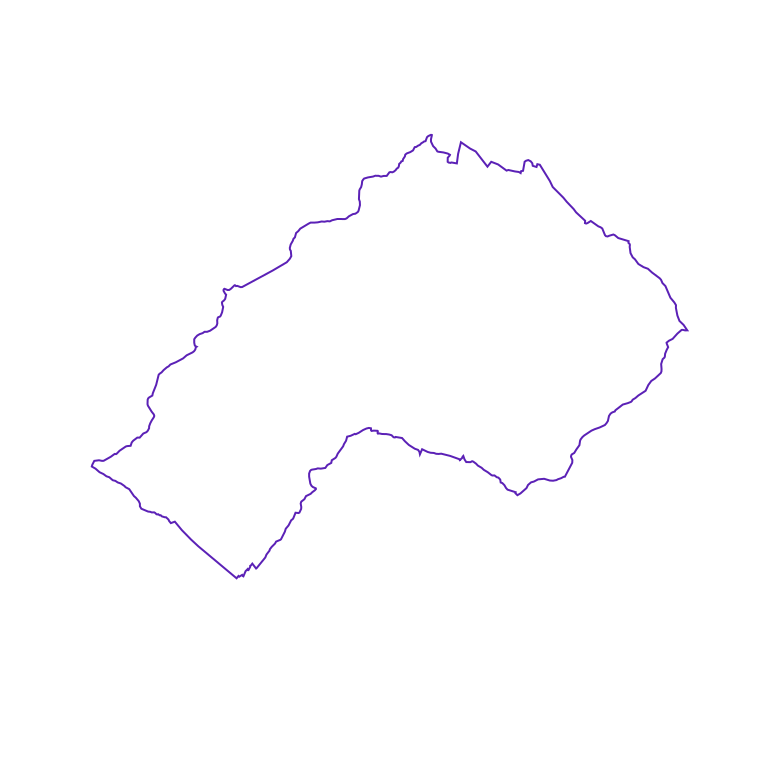 the district of Alunu, Vâlcea, Romania, rotated 235°
{"feature_id": "2599482B60597853099448", "entity_name": "Alunu", "entity_type": "district", "adm_level": 2, "iso_a3": "ROU", "parent_name": "Romania", "parent_adm1": "Vâlcea", "projection": "natural_earth1", "projection_center": [23.807, 45.015], "detail": "fine", "context": "isolated", "style": "outline", "palette": "violet", "viewbox_px": 768, "rotation_deg": 235, "n_neighbors": 0, "source": "geoboundaries", "source_scale": "gbopen_adm2", "svg_char_len": 6163}
<svg xmlns="http://www.w3.org/2000/svg" viewBox="0 0 768 768"><g transform="rotate(235 384 384)"><path d="M485.4,628.4L485.4,626.7L478.9,620.2L479.7,618.4L478.4,616.9L480.3,616.1L483.0,613.2L488.0,608.6L488.5,606.8L498.4,603.4L504.5,599.3L502.7,593.4L521.9,592.5L527.4,589.6L537.9,585.7L530.0,576.7L522.9,570.2L526.6,566.5L526.9,566.1L526.9,565.4L528.4,563.9L529.5,563.6L532.8,566.0L533.5,568.9L533.9,569.5L536.2,568.4L539.6,565.5L543.2,561.6L544.0,561.1L547.3,561.3L550.7,560.7L555.5,561.5L557.5,562.8L560.1,565.7L560.6,566.0L561.2,565.3L561.7,562.5L561.5,560.8L559.1,557.3L559.7,555.8L559.6,554.9L559.8,552.6L559.3,550.5L559.7,548.7L559.7,546.4L560.4,545.0L558.7,541.8L558.9,538.5L559.8,535.0L559.7,533.0L558.4,531.6L557.3,528.7L556.0,527.2L556.4,525.9L555.8,524.6L555.6,522.7L553.9,521.1L553.1,519.8L553.1,517.9L552.5,516.2L552.3,513.9L552.6,512.3L553.9,510.9L554.3,509.8L552.9,505.6L554.6,503.1L555.6,500.5L557.6,499.0L559.6,496.3L560.2,494.0L562.4,489.4L563.7,485.6L563.4,484.2L562.7,482.5L560.3,480.4L558.4,478.2L557.4,475.8L556.6,474.7L549.8,469.5L547.3,468.8L544.3,466.9L540.5,462.5L539.9,461.2L539.9,458.3L541.0,456.0L541.5,451.5L541.1,448.3L541.5,446.6L545.9,440.5L547.9,435.4L548.3,432.9L549.9,431.0L551.1,428.3L552.9,426.1L554.4,422.5L556.1,419.6L558.3,416.5L558.6,414.4L559.3,404.5L558.4,401.5L558.1,398.6L555.2,395.1L554.9,393.2L553.6,391.4L551.8,387.6L549.5,384.9L548.1,384.1L546.5,384.0L541.9,381.4L540.6,378.7L539.5,374.2L540.8,357.9L544.8,323.4L545.6,322.1L548.5,320.1L549.1,318.9L550.2,318.7L550.6,318.2L549.8,313.2L549.8,311.2L550.7,309.8L553.5,307.9L553.5,307.2L553.1,306.5L552.3,306.0L549.3,305.7L547.7,305.9L544.8,302.7L544.2,300.8L544.1,298.7L543.6,297.9L541.5,296.9L539.4,296.5L535.6,292.5L533.6,289.4L533.3,288.2L533.8,286.5L533.5,285.7L531.9,283.9L529.2,282.2L527.9,280.5L527.3,278.8L527.4,272.1L528.2,269.1L529.7,266.9L529.7,264.6L530.6,261.6L530.8,258.8L530.2,256.0L529.5,254.2L526.6,252.2L524.3,251.2L523.3,251.2L522.0,251.9L522.0,250.9L520.5,249.2L519.8,247.3L519.7,245.3L520.7,238.8L520.2,234.1L521.2,225.9L522.5,220.2L522.0,217.7L522.2,215.7L521.8,211.4L521.1,208.5L521.1,206.0L520.8,204.7L514.0,196.9L509.0,189.3L507.4,187.6L507.7,183.9L507.5,182.6L506.7,181.4L503.1,178.7L501.7,178.2L494.6,177.8L491.1,178.0L489.6,177.5L488.8,176.4L487.4,172.9L485.9,170.0L484.1,167.4L482.5,166.2L481.2,163.7L480.8,161.8L481.5,158.4L480.2,153.1L481.6,151.2L481.4,146.0L480.8,143.8L478.7,141.0L480.5,137.9L480.9,136.6L481.0,129.1L480.2,124.9L480.3,124.2L481.1,123.5L481.2,122.7L481.1,118.5L481.9,110.3L482.8,108.9L485.0,106.8L487.2,102.6L485.2,98.8L484.0,97.3L480.2,99.1L474.9,100.4L471.2,102.5L467.6,103.7L465.2,105.5L460.8,106.6L458.7,108.4L456.1,109.4L453.4,111.4L449.3,112.9L447.7,113.1L444.0,115.0L435.6,114.9L433.2,115.5L428.7,115.9L426.0,115.4L423.8,113.9L421.0,113.7L414.8,117.6L413.4,119.2L412.0,120.1L410.7,122.1L409.7,122.6L407.9,122.9L407.2,123.4L406.9,124.3L405.2,124.9L404.6,125.8L403.0,126.1L400.6,128.0L399.9,129.0L396.6,129.7L395.0,129.4L392.3,129.6L391.2,133.7L380.2,134.6L367.4,136.7L357.6,138.8L309.4,151.8L310.2,154.7L309.2,154.9L309.0,158.3L307.7,158.2L307.1,158.5L310.1,163.3L310.6,166.1L309.5,165.9L309.3,166.2L310.9,169.4L311.8,170.1L311.7,170.9L312.4,173.1L306.2,173.4L306.2,174.0L310.0,187.3L311.7,189.9L313.2,194.7L314.1,195.7L315.0,198.6L315.8,203.2L316.8,205.2L315.8,209.8L315.9,210.6L319.9,218.1L321.8,220.5L322.9,224.7L325.6,229.8L325.7,231.8L326.1,232.8L329.3,237.7L327.3,240.0L327.2,241.0L329.2,244.5L330.7,245.7L333.9,247.2L335.1,248.8L335.3,252.7L336.9,255.8L336.1,260.9L336.5,263.1L336.6,266.4L337.0,268.0L337.6,268.3L340.5,266.6L342.3,266.2L344.6,266.5L351.0,269.5L353.6,271.3L355.2,273.6L355.4,274.8L355.2,275.8L353.4,279.5L352.9,281.3L350.9,283.7L348.9,287.8L350.1,291.1L349.6,295.5L351.5,297.5L351.3,301.8L351.7,303.2L353.5,306.2L356.4,314.8L357.7,316.7L359.3,320.4L362.0,323.6L360.7,327.0L359.9,331.5L359.1,332.0L358.5,335.3L358.3,340.4L357.6,344.1L356.7,346.4L355.2,347.9L353.4,346.8L352.7,346.9L351.6,349.0L349.4,351.8L348.9,351.9L347.5,350.6L346.8,350.6L346.3,351.7L344.1,353.8L341.7,357.1L339.6,359.3L337.7,360.8L334.9,361.3L333.9,362.3L334.0,363.1L329.4,367.8L325.1,368.3L319.8,369.4L313.3,372.1L310.5,374.1L308.1,374.1L305.8,373.1L308.7,377.8L303.3,380.8L300.9,382.8L298.9,385.3L296.9,386.7L295.4,388.6L294.1,390.9L287.2,396.9L279.0,402.7L278.1,402.4L278.0,402.8L278.4,403.5L278.5,405.3L279.4,406.8L279.6,407.7L276.0,406.7L272.9,406.6L270.4,410.0L270.2,411.9L269.2,412.6L266.0,413.7L263.3,414.1L259.4,415.9L256.5,416.5L252.2,418.4L247.6,419.8L246.8,420.4L245.7,422.1L243.0,422.9L241.7,424.0L239.1,424.4L236.4,423.1L235.0,424.1L232.1,424.6L228.8,424.3L226.6,424.6L219.8,429.8L219.2,429.0L216.4,429.5L216.1,433.0L217.0,441.0L218.7,444.1L219.1,448.1L218.1,450.8L217.5,455.5L214.5,460.8L209.8,464.5L207.8,467.0L206.4,470.1L206.2,471.9L205.3,474.9L204.9,478.0L204.3,479.0L211.5,493.0L213.7,494.7L217.1,495.4L218.2,496.5L218.6,497.5L218.4,500.3L220.0,503.9L221.8,509.0L225.0,512.0L225.8,513.2L226.7,516.0L227.0,518.5L226.8,527.2L226.1,530.8L224.7,535.7L223.7,541.4L224.3,543.8L225.3,546.2L228.8,550.0L229.8,552.6L229.8,554.8L229.1,557.3L229.7,558.3L229.8,559.3L230.2,567.8L228.5,572.7L227.7,576.0L227.8,577.0L228.5,578.7L228.3,581.9L228.7,585.8L228.4,594.4L231.6,600.0L233.2,604.7L233.1,609.1L234.2,617.0L235.1,618.4L237.0,619.9L241.4,622.5L244.5,626.5L244.8,628.9L245.3,629.7L247.6,631.7L249.9,635.3L251.2,637.9L255.0,638.8L255.8,639.2L256.0,642.3L255.4,646.3L257.0,653.2L257.6,658.8L257.0,659.8L255.2,661.4L254.0,663.2L260.6,663.3L266.2,662.2L271.8,663.6L279.0,666.8L281.1,668.4L284.4,668.6L290.4,668.1L302.8,670.7L307.0,670.0L310.4,670.7L312.4,670.5L321.6,667.5L327.0,666.3L330.9,663.6L336.4,661.2L342.2,661.1L345.1,660.4L349.8,661.0L355.4,663.9L356.9,665.2L357.8,665.5L359.5,665.2L360.7,666.3L369.2,659.6L373.6,658.4L374.9,657.6L376.3,653.4L376.6,651.8L377.8,650.6L379.2,650.4L386.2,652.0L388.2,651.3L390.2,650.0L398.9,646.9L399.1,643.0L399.5,641.6L400.5,640.9L402.4,642.4L414.4,639.8L418.5,639.7L428.4,638.2L433.7,637.8L448.6,635.2L455.2,636.3L474.2,637.4L476.1,635.7L474.3,633.4L477.4,631.0L479.8,632.1L482.3,631.9L484.7,630.6L485.4,628.4Z" fill="none" stroke="#5b21b6" stroke-width="2"/></g></svg>